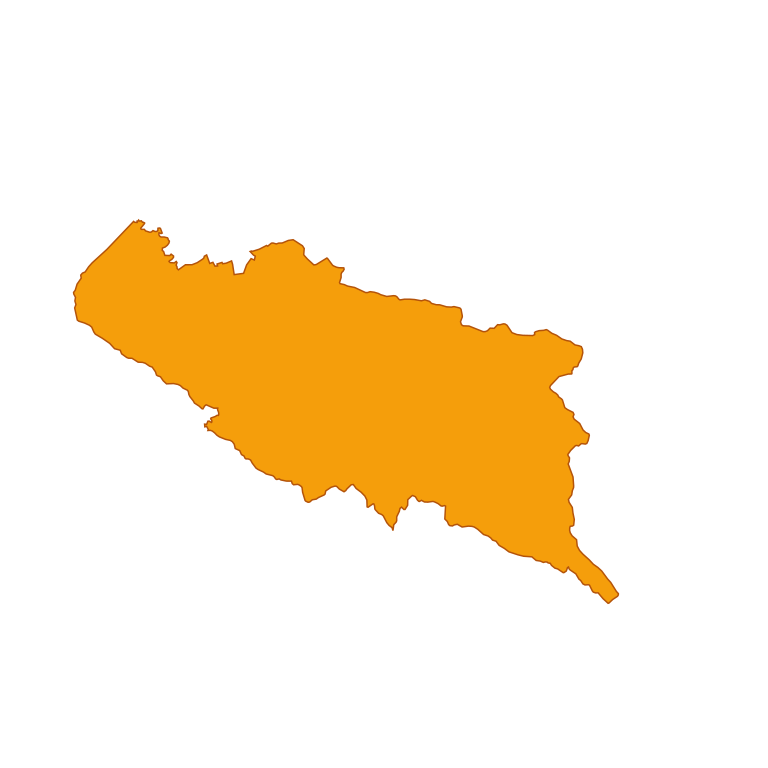 Chun, Phayao, Thailand, rotated 304°
{"feature_id": "78962969B62058634056036", "entity_name": "Chun", "entity_type": "district", "adm_level": 2, "iso_a3": "THA", "parent_name": "Thailand", "parent_adm1": "Phayao", "projection": "natural_earth1", "projection_center": [100.139, 19.355], "detail": "fine", "context": "isolated", "style": "filled", "palette": "amber", "viewbox_px": 768, "rotation_deg": 304, "n_neighbors": 0, "source": "geoboundaries", "source_scale": "gbopen_adm2", "svg_char_len": 6135}
<svg xmlns="http://www.w3.org/2000/svg" viewBox="0 0 768 768"><g transform="rotate(304 384 384)"><path d="M378.8,85.5L340.6,79.0L321.2,74.3L316.0,73.6L309.8,73.6L307.3,72.0L304.7,71.7L302.4,73.8L295.2,73.7L289.0,75.6L286.4,75.4L285.2,76.4L283.3,79.8L280.0,81.3L277.6,84.2L274.1,85.0L265.5,94.0L265.4,95.9L267.1,101.6L268.0,107.0L267.7,109.9L264.9,114.3L263.9,116.8L264.4,124.9L264.3,133.9L262.6,140.9L264.5,146.4L262.3,149.6L262.1,155.8L262.5,157.7L264.4,160.7L264.6,167.9L266.9,171.7L267.7,174.4L267.7,179.7L268.4,182.4L266.3,187.7L264.2,190.4L264.2,191.7L265.0,194.6L263.2,199.2L262.5,203.6L266.7,209.3L268.4,213.4L268.8,216.1L268.2,219.7L268.9,224.4L268.4,225.9L266.2,228.1L265.0,230.1L263.3,235.4L262.2,237.5L262.3,243.0L261.7,246.9L262.1,247.8L265.5,247.6L267.3,248.2L268.8,256.4L271.0,259.7L269.7,260.3L268.1,262.6L266.6,263.9L265.4,264.3L264.8,263.2L262.6,262.2L259.1,259.6L258.2,259.8L257.5,261.6L256.2,262.5L255.5,262.3L255.5,259.8L254.7,258.8L251.4,259.5L250.4,257.7L248.3,259.4L249.7,260.6L248.1,263.7L247.0,264.0L248.5,266.0L249.0,268.0L248.8,270.9L248.1,274.2L248.1,277.1L249.5,283.6L251.3,288.1L251.4,290.6L250.3,293.5L247.3,296.8L248.1,301.6L245.8,305.3L246.0,308.3L244.8,310.2L244.7,311.4L246.0,313.4L246.4,315.8L244.7,319.1L242.7,324.9L242.7,327.4L243.6,333.3L243.5,336.6L245.8,343.0L245.6,345.1L244.7,347.2L244.9,348.5L246.7,350.2L246.8,352.2L248.9,357.3L251.7,361.6L250.1,363.6L249.9,365.4L252.5,368.5L252.9,370.3L252.8,372.7L252.3,374.0L248.7,377.1L243.3,383.7L243.1,384.7L243.5,387.2L244.6,388.4L247.9,389.3L250.7,392.2L253.3,393.2L258.5,396.4L259.7,396.7L262.8,395.5L268.8,397.9L271.9,400.4L272.5,401.5L272.6,402.4L271.9,405.7L272.3,411.1L274.2,411.9L276.3,411.9L282.2,413.2L283.5,414.8L281.8,419.3L281.5,425.5L280.4,430.8L278.2,434.7L272.7,438.7L272.9,439.7L278.5,441.9L278.9,442.6L277.7,444.3L275.3,446.3L274.9,447.2L273.8,451.8L274.5,455.0L274.3,457.1L270.6,463.9L269.6,467.3L269.4,471.0L267.5,473.4L272.8,470.8L276.3,471.3L277.7,471.0L281.0,468.8L287.0,467.9L289.8,466.8L291.7,467.4L291.1,470.7L291.8,471.6L296.7,471.4L301.4,468.4L306.3,469.5L307.6,470.1L308.1,473.1L306.4,476.8L306.2,478.5L306.4,479.0L308.5,480.1L308.8,483.5L310.6,486.4L314.0,490.2L314.5,491.7L315.1,495.8L314.8,499.5L315.4,500.7L317.0,502.1L317.2,503.3L306.1,509.9L305.4,513.4L303.6,516.2L303.4,517.8L304.6,520.1L306.5,521.1L308.7,523.2L309.1,528.7L313.4,533.5L315.2,536.6L315.9,538.8L316.0,542.9L314.9,550.7L316.2,555.3L316.1,558.4L315.3,561.3L316.3,564.8L314.6,569.7L315.0,575.7L314.7,581.4L317.3,590.6L319.3,596.1L323.4,603.2L322.8,608.8L324.6,612.6L325.2,615.9L326.7,617.2L327.6,618.9L327.4,620.0L328.3,622.1L327.3,624.3L326.9,628.7L327.8,631.3L327.8,638.1L328.5,638.8L330.9,639.7L334.4,638.8L335.4,639.3L334.2,640.9L333.9,642.2L333.9,649.2L331.2,654.8L331.1,656.9L329.5,660.7L329.8,663.0L331.9,665.7L332.1,666.9L329.0,672.3L328.5,673.9L329.1,676.2L330.6,678.3L328.5,685.7L327.5,692.4L328.2,693.0L333.2,694.1L338.6,696.3L340.2,696.2L341.3,695.5L342.0,692.6L346.3,682.9L347.4,678.4L350.7,669.1L351.5,663.9L351.6,658.4L353.0,652.4L354.2,643.9L355.4,639.1L357.7,634.8L362.6,630.7L363.3,624.9L364.8,621.6L366.5,619.7L368.8,618.3L370.2,618.0L371.7,619.7L373.0,620.2L378.1,617.5L382.8,612.7L387.0,609.1L389.4,603.6L391.5,601.4L397.0,601.6L400.9,599.8L404.1,599.1L405.6,598.2L412.6,592.7L420.7,581.4L423.5,580.8L426.5,579.1L427.6,576.6L428.4,575.8L433.2,575.9L439.9,577.2L440.8,578.1L441.5,580.0L444.5,580.8L445.2,581.3L446.8,584.5L448.1,585.4L451.2,584.9L456.3,582.9L457.1,581.8L456.6,578.4L457.2,574.7L460.7,568.3L461.2,561.3L462.5,559.1L465.0,558.5L466.2,556.6L465.4,550.3L465.5,547.1L470.5,540.9L470.9,539.6L471.0,535.9L472.0,534.3L472.4,531.8L472.2,528.7L472.8,524.8L473.9,523.2L475.8,522.9L488.0,524.9L495.3,531.2L497.1,533.8L497.6,534.0L500.2,532.3L501.5,532.6L503.1,531.9L504.5,532.2L506.3,534.4L507.3,534.6L510.1,533.8L515.1,533.5L521.0,531.4L523.8,529.1L525.3,526.7L524.7,524.1L523.2,520.5L523.6,514.4L522.1,511.1L520.8,506.2L520.9,499.9L519.9,494.8L520.1,489.4L519.8,488.1L517.8,486.4L515.0,482.8L512.2,480.5L510.9,480.0L509.2,481.3L507.3,480.2L502.0,471.9L499.3,466.5L498.1,461.4L501.5,453.1L501.4,450.7L500.6,449.3L497.8,446.9L496.7,445.0L491.8,444.2L489.6,440.7L486.0,440.0L484.0,438.6L482.8,436.8L479.6,422.1L476.5,417.1L476.4,415.7L476.8,414.6L478.4,412.6L483.4,411.4L484.5,410.6L489.0,406.1L489.4,404.9L489.2,403.7L487.3,398.7L485.4,396.8L483.0,392.8L480.8,385.9L478.9,382.9L477.4,378.3L478.0,375.6L476.6,370.8L473.9,368.5L471.1,362.1L468.5,357.6L465.7,353.5L462.7,350.3L462.6,348.9L463.5,346.1L463.5,344.4L462.7,342.7L458.1,337.3L456.2,331.3L455.9,328.6L454.6,324.5L452.8,320.9L450.6,319.2L449.5,317.6L447.6,305.7L444.8,299.0L444.2,295.5L442.6,291.4L443.2,290.4L448.3,288.9L451.1,287.0L452.9,286.6L454.6,287.0L456.8,286.8L457.8,285.7L455.2,281.6L454.3,279.4L453.7,276.2L453.7,274.9L456.5,267.0L456.5,266.2L445.1,261.0L443.5,259.3L444.8,250.6L446.0,245.8L446.5,245.0L451.7,242.1L453.0,239.1L452.8,228.0L449.5,224.4L444.0,220.8L441.9,217.9L439.9,216.4L438.8,213.1L437.8,211.9L433.2,210.5L433.2,209.2L426.0,205.2L420.6,200.9L420.1,199.7L419.0,198.9L417.9,203.7L418.0,205.8L414.3,207.2L413.6,203.7L405.9,203.5L397.2,205.7L390.9,198.6L398.6,191.5L400.8,188.8L395.9,185.6L393.5,183.0L394.2,181.7L390.1,178.5L388.8,180.0L387.2,178.0L389.2,174.1L386.5,172.1L391.8,164.8L389.5,163.6L387.6,164.2L386.1,163.8L380.1,161.3L375.5,158.1L371.8,152.7L363.7,149.7L364.1,147.8L365.3,147.0L366.3,145.2L368.9,144.5L369.4,143.2L367.1,142.4L365.1,138.9L365.3,137.3L366.3,137.2L368.4,138.4L371.2,138.7L372.4,138.0L372.6,134.9L370.7,134.6L368.1,130.4L370.6,127.2L370.8,125.4L372.8,124.3L375.2,126.0L377.9,126.8L380.6,126.9L382.4,126.2L383.0,124.3L383.9,123.5L384.1,122.7L382.9,119.5L381.2,117.0L381.1,115.3L381.9,113.9L383.4,112.9L383.8,113.4L384.0,115.0L385.1,115.7L388.0,111.6L387.7,110.5L386.7,109.5L384.8,110.7L383.4,110.3L382.4,108.9L382.0,106.7L380.1,106.2L378.9,105.2L377.6,100.7L378.2,98.8L376.6,96.5L376.6,95.7L377.2,95.2L382.6,95.7L383.6,95.6L383.7,95.2L383.4,93.6L383.0,93.3L383.6,91.6L382.2,90.0L382.7,88.9L381.5,88.8L380.9,88.2L380.2,89.0L379.8,89.0L378.6,86.8L378.8,85.5Z" fill="#f59e0b" stroke="#b45309" stroke-width="1.5"/></g></svg>